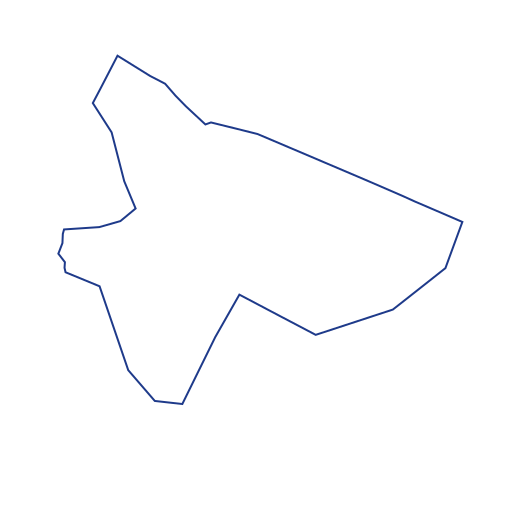 outline of San Pedro Taviche, Oaxaca, Mexico, rotated 193°
{"feature_id": "50627088B42650347331472", "entity_name": "San Pedro Taviche", "entity_type": "district", "adm_level": 2, "iso_a3": "MEX", "parent_name": "Mexico", "parent_adm1": "Oaxaca", "projection": "orthographic", "projection_center": [-96.523, 16.649], "detail": "fine", "context": "isolated", "style": "outline", "palette": "blue", "viewbox_px": 512, "rotation_deg": 193, "n_neighbors": 0, "source": "geoboundaries", "source_scale": "gbopen_adm2", "svg_char_len": 687}
<svg xmlns="http://www.w3.org/2000/svg" viewBox="0 0 512 512"><g transform="rotate(193 256 256)"><path d="M436.0,420.0L445.4,383.4L449.4,368.3L424.5,344.0L401.2,299.2L384.0,275.2L396.0,259.5L415.2,248.9L449.0,238.7L449.2,234.1L447.5,225.0L449.1,213.8L440.8,207.0L439.9,201.4L437.9,197.3L401.6,191.3L354.8,116.0L322.0,92.0L294.5,95.2L277.4,168.1L277.2,168.7L263.5,214.6L219.3,202.9L180.1,192.6L110.6,234.6L90.0,260.2L68.7,286.8L67.6,295.7L62.6,335.6L96.6,341.8L113.3,344.8L126.2,347.4L163.2,354.2L210.0,362.5L247.9,369.2L282.0,375.2L302.9,375.6L329.9,376.0L334.9,372.8L358.0,386.1L370.5,394.1L383.3,403.4L399.7,407.6L436.0,420.0Z" fill="none" stroke="#1e3a8a" stroke-width="2"/></g></svg>